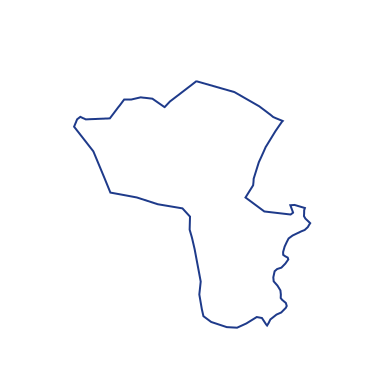 Assalaya, Eastern Darfur, Sudan (Albers equal-area conic projection), rotated 296°
{"feature_id": "16777658B59060398252798", "entity_name": "Assalaya", "entity_type": "district", "adm_level": 2, "iso_a3": "SDN", "parent_name": "Sudan", "parent_adm1": "Eastern Darfur", "projection": "albers", "projection_center": [26.009, 11.71], "detail": "fine", "context": "isolated", "style": "outline", "palette": "blue", "viewbox_px": 384, "rotation_deg": 296, "n_neighbors": 0, "source": "geoboundaries", "source_scale": "gbopen_adm2", "svg_char_len": 1891}
<svg xmlns="http://www.w3.org/2000/svg" viewBox="0 0 384 384"><g transform="rotate(296 192 192)"><path d="M293.8,147.5L282.7,142.0L263.9,132.6L263.7,132.5L256.3,130.2L256.3,129.8L258.5,115.5L256.2,108.9L255.4,106.8L254.6,104.4L249.9,98.6L248.5,96.9L248.0,95.9L247.8,95.6L247.8,95.4L245.4,90.5L242.9,90.0L240.7,89.6L238.1,89.1L236.0,88.6L222.2,85.9L221.1,84.0L220.2,82.2L219.5,81.0L217.2,76.7L215.9,74.3L215.6,73.8L213.1,69.1L210.7,64.7L210.7,64.4L210.7,63.0L210.6,61.7L210.6,61.1L210.6,60.2L210.6,59.5L210.6,58.8L210.6,58.7L207.0,56.9L204.9,57.0L204.2,57.1L202.0,57.2L199.0,57.4L185.3,85.5L166.0,107.4L155.7,118.9L158.7,129.6L159.9,133.9L162.9,144.8L166.0,166.6L173.1,190.6L169.0,201.0L157.1,206.4L151.8,211.2L150.3,212.5L141.8,219.4L130.5,227.8L123.8,232.8L115.3,239.1L103.1,243.5L91.0,252.2L85.4,256.7L83.6,266.2L85.8,282.5L89.8,292.0L97.7,298.5L108.0,305.0L109.4,310.1L105.4,316.8L104.9,318.0L107.9,318.3L111.8,318.3L118.9,321.7L122.8,325.0L129.0,327.1L131.1,327.1L133.4,325.0L134.6,320.2L135.6,318.2L138.8,316.8L142.3,314.6L145.3,309.9L147.5,304.6L150.9,302.5L157.0,301.0L160.1,302.3L163.2,305.5L168.6,307.3L173.6,308.1L175.0,306.8L175.1,303.8L175.5,301.5L178.0,300.2L183.5,299.2L188.5,299.1L192.6,299.2L197.0,301.5L204.7,307.6L207.2,309.9L211.3,311.5L213.2,311.6L215.8,311.9L217.8,305.6L219.4,303.2L221.6,302.3L224.8,300.8L227.1,300.5L225.8,292.8L225.8,292.6L225.6,291.5L225.3,289.8L223.2,286.2L217.8,291.9L217.7,291.9L217.3,291.7L215.0,290.5L209.5,274.9L207.6,269.5L207.0,267.8L206.2,265.5L206.3,265.1L210.5,242.5L217.3,243.2L224.8,244.0L227.9,242.9L231.0,241.6L231.7,241.5L241.5,240.0L246.8,239.2L248.2,239.0L253.6,238.9L260.0,238.7L265.0,238.5L265.4,238.6L283.1,240.3L288.5,241.1L289.2,241.2L294.2,242.0L294.4,242.0L295.6,242.4L295.6,242.2L295.1,235.2L295.0,232.0L295.7,229.2L298.5,214.9L300.4,186.3L293.5,147.5L293.8,147.5Z" fill="none" stroke="#1e3a8a" stroke-width="2"/></g></svg>